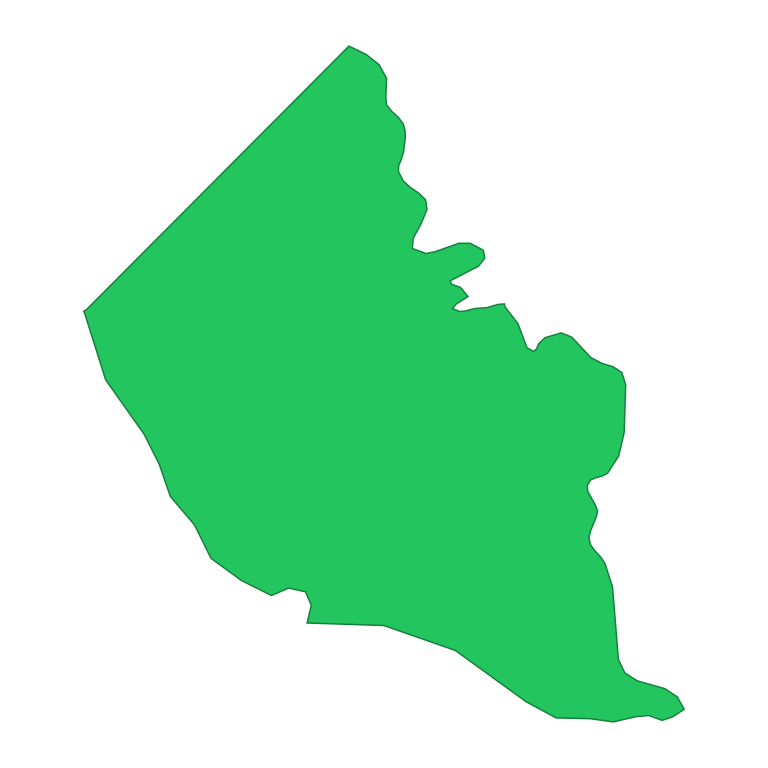 Kaabong, Mercator projection
{"feature_id": "UGA-3125", "entity_name": "Kaabong", "entity_type": "District", "adm_level": 1, "iso_a3": "UGA", "parent_name": "Uganda", "parent_adm1": "", "projection": "mercator", "projection_center": [34.168, 3.648], "detail": "fine", "context": "isolated", "style": "filled", "palette": "green", "viewbox_px": 768, "rotation_deg": 0, "n_neighbors": 0, "source": "natural_earth", "source_scale": "10m", "svg_char_len": 1454}
<svg xmlns="http://www.w3.org/2000/svg" viewBox="0 0 768 768"><path d="M83.8,311.1L86.7,309.4L130.1,265.8L186.6,209.1L252.5,142.9L301.1,94.2L348.9,46.1L365.9,54.3L379.2,64.8L386.6,78.5L385.8,96.7L386.5,104.8L391.7,111.3L398.3,117.3L403.2,123.9L405.1,130.8L405.3,137.8L403.6,151.5L401.2,159.8L398.7,165.4L398.4,171.4L403.1,180.8L410.1,187.3L418.7,193.1L425.6,199.9L427.0,209.5L420.7,224.6L413.2,238.3L412.4,248.5L426.1,253.5L435.4,251.6L458.8,243.3L470.2,243.3L483.3,250.2L484.8,258.2L478.4,266.2L450.2,280.8L451.3,284.1L460.6,287.5L468.0,296.5L456.2,304.1L452.3,308.6L459.8,311.5L464.8,311.1L475.0,308.5L486.6,307.7L498.3,304.4L504.5,303.9L504.9,306.8L518.0,323.7L526.9,347.6L533.7,351.5L536.4,349.0L539.0,343.3L545.2,337.6L561.2,332.9L571.8,337.2L590.9,357.6L602.0,363.4L613.1,366.8L621.7,372.4L625.7,384.8L624.2,432.4L618.7,456.0L607.5,473.3L602.0,476.1L595.9,477.7L590.6,480.0L587.3,485.2L587.8,491.6L595.0,504.3L597.5,510.7L596.5,516.3L590.6,530.8L588.9,537.5L590.4,544.6L595.0,550.9L600.6,557.0L604.9,563.3L612.5,586.9L618.4,659.4L624.8,672.9L637.1,680.8L664.9,688.7L677.3,696.9L684.2,709.3L683.8,709.5L673.1,716.6L662.1,720.4L648.7,715.5L635.7,716.7L613.4,721.9L590.2,718.7L556.1,717.9L526.0,701.7L455.4,650.5L383.7,625.5L307.1,623.0L311.3,605.3L305.5,591.8L288.6,588.1L271.5,595.5L241.5,580.6L211.0,558.3L194.5,524.9L170.4,496.6L159.2,464.2L144.1,434.2L105.6,379.7L84.8,313.8L83.8,311.1Z" fill="#22c55e" stroke="#15803d" stroke-width="1.5"/></svg>